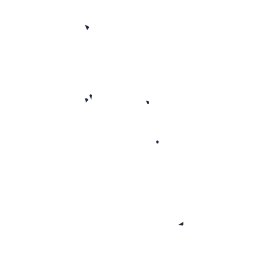 SVG path tracing the border of Kaafu, rotated 158°
{"feature_id": "MDV-5230", "entity_name": "Kaafu", "entity_type": "Atoll", "adm_level": 1, "iso_a3": "MDV", "parent_name": "Maldives", "parent_adm1": "", "projection": "natural_earth1", "projection_center": [73.522, 4.408], "detail": "coarse", "context": "isolated", "style": "filled", "palette": "slate", "viewbox_px": 256, "rotation_deg": 158, "n_neighbors": 0, "source": "natural_earth", "source_scale": "10m", "svg_char_len": 731}
<svg xmlns="http://www.w3.org/2000/svg" viewBox="0 0 256 256"><g transform="rotate(158 128 128)"><path d="M128.5,235.4L128.5,238.0L127.7,237.2L127.3,236.7L127.2,236.1L127.9,235.8L128.5,235.4ZM115.4,18.9L113.1,19.3L113.6,18.1L114.1,18.0L114.6,18.5L115.4,18.9ZM156.4,168.8L156.3,169.4L156.3,170.0L156.3,170.5L156.0,170.4L155.5,170.3L155.1,169.3L155.4,169.1L155.9,169.1L156.4,168.8ZM100.2,142.9L100.3,145.2L99.6,144.8L99.6,144.3L99.9,143.7L100.2,142.9ZM106.3,102.8L106.3,103.5L106.4,104.1L106.3,104.5L105.8,104.7L105.4,104.1L105.6,103.7L106.0,103.4L106.3,102.8ZM150.7,170.7L150.7,171.4L150.9,171.9L150.8,172.3L150.3,172.5L149.9,171.9L150.0,171.6L150.4,171.2L150.7,170.7Z" fill="#64748b" stroke="#1e293b" stroke-width="1.5"/></g></svg>